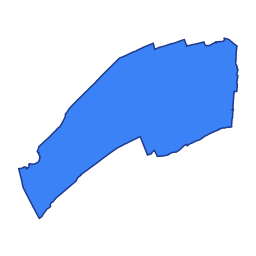 Ruginoasa, Neamt, Romania, rotated 94°
{"feature_id": "2599482B69154403350472", "entity_name": "Ruginoasa", "entity_type": "district", "adm_level": 2, "iso_a3": "ROU", "parent_name": "Romania", "parent_adm1": "Neamt", "projection": "equal_earth", "projection_center": [26.701, 46.98], "detail": "fine", "context": "isolated", "style": "filled", "palette": "blue", "viewbox_px": 256, "rotation_deg": 94, "n_neighbors": 0, "source": "geoboundaries", "source_scale": "gbopen_adm2", "svg_char_len": 5405}
<svg xmlns="http://www.w3.org/2000/svg" viewBox="0 0 256 256"><g transform="rotate(94 128 128)"><path d="M193.8,228.7L194.9,228.3L195.5,228.0L199.0,225.9L206.2,221.5L209.2,219.7L210.7,218.7L213.7,217.0L214.5,216.4L214.7,216.1L215.8,215.6L216.7,215.0L217.3,214.7L218.9,213.7L220.7,212.5L224.3,210.2L222.5,207.9L218.7,205.9L217.4,205.0L214.6,203.2L213.2,201.3L211.8,199.8L210.5,200.1L208.9,200.0L207.6,198.9L207.2,198.2L206.4,197.3L205.5,196.8L204.6,196.1L202.9,194.9L185.4,177.0L185.1,176.4L184.8,176.2L183.6,175.8L182.3,175.3L181.7,175.0L181.1,174.7L180.7,174.2L178.5,171.9L178.3,171.6L177.7,171.8L177.7,171.6L164.2,155.6L162.5,153.8L153.7,143.5L151.9,141.2L150.9,140.1L148.7,137.3L147.5,135.3L145.6,132.1L144.5,130.6L143.7,129.0L143.2,128.1L142.7,127.3L140.3,123.2L137.4,118.1L136.5,116.7L135.7,115.2L153.6,106.7L152.9,105.0L152.6,103.7L151.7,102.7L150.4,102.2L148.5,100.0L154.3,96.8L153.9,94.5L153.6,91.7L152.2,86.5L149.7,83.0L149.1,81.1L148.6,78.1L146.5,75.3L141.7,70.8L140.5,69.2L140.3,68.8L140.3,68.6L140.6,68.4L141.2,68.1L141.6,67.8L141.6,67.6L140.9,66.9L140.0,65.8L138.7,63.8L138.8,63.5L137.4,61.3L136.1,58.8L135.3,57.1L135.1,56.6L134.9,55.8L134.7,55.6L134.2,54.9L133.8,54.4L131.7,51.9L130.9,51.0L130.4,50.1L130.1,49.3L129.7,48.8L127.8,45.8L126.3,43.0L125.0,40.7L124.5,39.5L123.0,36.7L122.8,36.6L122.7,36.3L122.4,36.3L122.4,36.2L122.3,35.8L122.1,35.6L121.9,34.9L121.7,34.2L121.5,33.9L121.3,32.7L121.2,31.9L121.3,31.7L121.1,31.3L121.0,30.8L120.8,30.4L120.5,29.5L120.3,28.6L120.3,28.2L120.2,28.0L120.1,27.3L120.2,27.2L120.0,26.9L120.1,26.5L119.9,25.7L119.8,25.3L119.6,24.7L119.2,24.6L118.8,24.7L117.9,24.9L116.9,24.9L116.3,24.8L114.0,24.9L113.3,24.8L112.9,24.9L112.2,24.8L111.6,24.9L110.6,24.4L108.9,24.5L107.0,24.5L105.7,24.6L105.0,24.6L104.9,24.7L104.5,24.6L104.2,24.6L103.8,24.5L103.6,24.6L103.1,24.6L102.8,24.5L102.9,24.2L102.6,24.1L102.4,24.1L102.3,24.5L102.1,24.8L102.2,25.0L101.7,24.7L100.5,24.5L100.0,24.7L99.7,24.7L96.3,24.8L94.8,24.9L94.3,24.9L93.9,24.7L93.4,24.8L92.8,24.7L91.1,24.8L90.3,24.7L89.8,24.8L87.2,24.8L86.9,24.8L86.5,24.5L86.1,24.5L85.7,24.6L85.5,24.8L84.6,24.9L84.1,24.8L84.1,24.6L84.1,24.1L84.2,22.7L84.0,22.2L83.7,22.1L83.3,22.0L82.4,21.9L82.2,22.0L81.6,22.0L81.2,22.1L80.6,22.1L80.1,22.0L79.8,21.9L79.2,21.8L78.6,22.0L77.7,22.0L77.3,22.2L76.8,22.0L75.2,22.6L74.0,22.7L74.0,22.9L73.9,22.9L73.7,22.6L72.8,22.5L72.7,22.3L71.8,22.5L71.6,22.5L70.6,22.2L69.4,22.0L68.4,22.1L68.1,22.1L67.9,22.2L67.9,22.5L67.6,22.7L67.0,22.9L67.0,23.1L66.6,23.4L66.3,23.5L64.9,22.8L64.5,22.7L63.8,22.7L62.7,22.4L62.4,22.4L61.4,22.7L61.0,23.4L60.5,23.3L59.5,23.4L58.2,23.8L56.8,25.0L56.4,25.1L55.1,25.1L53.9,25.1L53.1,25.1L52.9,24.9L51.8,25.1L47.5,25.2L46.5,25.3L43.6,25.3L42.1,25.1L41.5,25.2L40.6,25.2L39.3,25.1L38.8,25.3L38.6,25.1L37.1,27.4L36.7,28.1L34.4,31.2L34.0,31.9L33.5,32.4L32.9,33.2L32.6,33.7L32.5,34.4L32.3,35.0L32.1,36.1L32.1,36.6L31.9,36.8L31.9,37.4L31.8,37.6L31.7,37.8L31.8,38.3L32.0,38.4L32.1,38.1L32.7,38.1L32.9,38.0L33.4,37.7L33.5,37.7L33.8,37.9L34.2,38.4L34.4,38.6L34.4,38.8L34.6,39.0L34.7,39.3L35.0,39.6L35.2,40.0L35.2,40.3L35.3,40.5L35.2,40.7L35.2,40.9L35.3,41.4L35.3,41.9L35.4,42.2L35.4,42.7L35.6,43.3L35.6,44.2L35.7,44.5L35.9,44.9L35.8,45.2L35.9,45.5L35.9,46.0L36.2,45.9L36.4,45.8L36.7,45.9L36.8,46.3L36.7,46.4L36.7,46.8L36.5,47.1L37.1,47.7L37.5,48.5L37.8,49.2L38.0,49.6L38.1,49.8L38.3,49.9L38.6,50.2L38.7,50.5L39.0,50.9L39.8,52.2L40.2,53.6L40.4,55.0L40.2,55.9L39.8,56.6L39.5,57.0L39.0,57.5L38.5,57.7L37.2,58.0L36.9,58.2L37.1,59.1L37.4,60.2L37.9,61.3L38.1,62.0L38.8,64.2L39.4,66.1L39.9,67.6L40.2,68.9L40.4,69.8L40.6,70.4L41.0,71.2L41.4,72.6L41.5,73.2L41.4,73.8L41.5,74.1L41.7,75.0L41.9,75.2L42.0,75.3L41.5,75.4L38.9,76.6L36.2,77.8L35.9,77.9L35.8,78.0L37.3,81.6L39.4,86.3L40.4,88.7L40.8,89.9L40.8,90.3L41.0,91.1L41.6,92.4L43.8,97.6L44.9,100.9L45.4,102.5L45.7,102.8L46.6,104.9L47.3,106.3L47.8,106.8L41.7,108.7L45.0,115.4L45.9,117.4L47.0,119.4L47.2,119.6L47.5,119.9L47.8,120.8L49.0,122.8L49.6,124.1L50.7,125.5L52.0,128.6L55.7,135.1L57.2,137.9L58.7,141.1L58.9,141.5L59.6,142.1L62.8,144.8L64.7,146.6L65.9,147.6L69.7,150.9L70.4,151.5L70.6,151.7L74.9,155.5L78.8,158.8L80.2,159.9L81.8,161.3L82.6,162.1L83.3,162.5L86.5,165.1L90.0,168.4L92.9,170.8L95.7,173.4L100.0,177.1L102.7,179.6L105.3,181.7L108.2,184.3L108.8,184.7L109.6,185.4L111.0,186.5L112.8,187.9L114.4,188.9L115.6,189.5L116.9,190.1L117.3,190.4L117.8,191.1L118.6,191.4L120.4,191.3L121.5,191.5L121.9,191.7L125.7,193.2L126.4,193.7L128.7,194.6L130.6,195.7L131.5,196.2L132.0,196.6L132.5,197.4L134.2,198.9L135.6,199.9L136.6,200.8L138.1,202.3L139.1,203.1L140.7,204.3L143.7,207.0L145.3,208.5L146.5,209.7L149.2,212.3L150.7,213.7L152.6,215.5L153.0,215.6L153.6,215.7L154.2,215.9L154.9,215.9L155.2,216.0L156.2,216.4L157.5,216.9L157.9,216.9L158.2,216.7L158.6,216.4L158.9,216.1L159.0,215.8L159.1,215.6L159.1,215.4L159.0,215.2L160.0,215.3L160.6,215.1L160.8,215.0L161.1,214.8L161.2,214.7L161.3,214.3L161.4,214.2L161.6,214.2L162.2,214.1L162.3,213.9L162.7,213.8L163.0,214.0L163.4,214.1L163.6,214.1L163.7,213.8L164.3,213.8L165.2,214.1L166.0,214.2L166.3,214.3L167.6,214.8L168.2,215.1L169.2,216.7L169.5,217.1L170.1,218.1L170.5,219.3L170.7,220.3L170.8,221.8L170.5,222.7L170.5,223.3L170.9,224.3L171.7,224.5L172.4,223.7L173.5,223.8L174.2,224.6L175.2,225.5L175.8,226.6L175.1,226.8L174.4,226.4L174.0,229.0L175.0,229.9L175.6,231.6L176.2,234.2L180.1,232.9L189.5,229.9L192.3,229.2L193.8,228.7Z" fill="#3b82f6" stroke="#1e3a8a" stroke-width="1.5"/></g></svg>